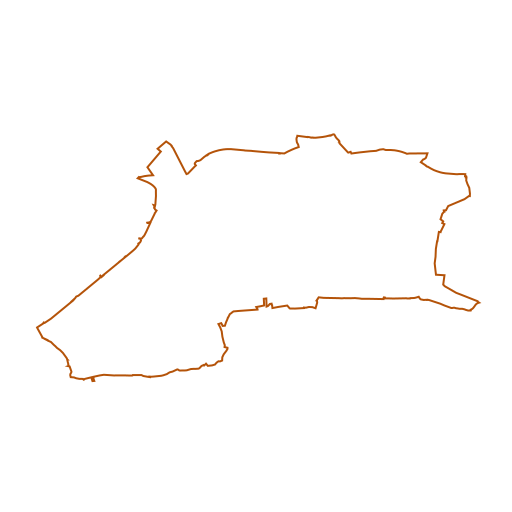 the district of Tilburg, Noord-Brabant, Netherlands, rotated 178°
{"feature_id": "6326949B99100278363504", "entity_name": "Tilburg", "entity_type": "district", "adm_level": 2, "iso_a3": "NLD", "parent_name": "Netherlands", "parent_adm1": "Noord-Brabant", "projection": "equal_earth", "projection_center": [5.085, 51.586], "detail": "fine", "context": "isolated", "style": "outline", "palette": "amber", "viewbox_px": 512, "rotation_deg": 178, "n_neighbors": 0, "source": "geoboundaries", "source_scale": "gbopen_adm2", "svg_char_len": 5873}
<svg xmlns="http://www.w3.org/2000/svg" viewBox="0 0 512 512"><g transform="rotate(178 256 256)"><path d="M34.7,201.6L35.8,202.4L36.0,203.0L36.4,203.2L52.7,210.3L57.2,212.2L68.1,219.0L68.6,219.4L69.9,220.9L68.3,230.2L76.8,231.0L77.7,242.4L76.6,248.9L76.0,256.8L74.5,264.4L74.2,264.4L72.4,273.7L70.7,273.4L70.6,273.9L66.6,281.3L68.7,282.4L67.7,284.1L70.3,286.3L68.3,291.8L66.5,293.6L66.2,293.7L66.8,294.8L66.8,295.0L64.5,295.1L62.2,299.2L45.5,305.6L41.1,308.5L40.2,308.4L40.0,310.9L40.5,316.7L42.1,320.4L43.2,323.9L43.3,324.4L43.1,325.4L42.9,327.2L43.5,327.2L43.3,328.3L44.3,328.4L44.0,330.5L46.9,330.7L50.0,330.8L52.2,330.7L53.4,330.8L63.7,332.0L66.7,332.6L68.9,333.2L72.5,334.5L75.1,335.6L78.0,337.2L81.3,339.3L81.8,339.3L83.1,340.3L83.1,340.5L88.0,344.0L85.6,346.6L84.4,347.0L83.2,347.8L82.7,348.3L82.1,349.9L81.1,352.6L99.2,353.1L101.6,352.9L103.3,353.7L106.7,355.0L109.0,355.7L111.4,356.3L113.8,356.8L117.4,357.2L122.6,357.4L125.1,358.3L128.6,358.0L132.3,356.9L138.1,356.7L148.9,355.9L157.1,355.1L157.8,356.8L160.0,356.1L160.4,356.2L168.6,365.7L168.6,365.8L168.6,366.7L169.0,367.0L168.7,367.3L168.7,367.8L169.3,368.7L171.1,370.6L172.2,372.1L172.5,372.8L173.5,374.6L173.8,375.3L173.8,375.1L175.7,374.5L176.3,374.1L177.1,373.7L177.3,373.9L178.2,373.7L178.2,373.9L181.8,373.1L185.4,372.6L192.3,372.1L194.5,372.2L194.5,372.3L196.0,372.5L196.6,372.3L197.6,372.6L198.0,372.8L200.1,373.2L200.3,373.0L210.5,374.7L210.8,373.5L211.3,372.6L211.5,371.3L211.3,369.1L211.1,368.0L210.0,365.9L209.5,363.4L213.3,362.2L216.7,360.9L220.9,359.1L224.1,357.5L227.1,357.8L228.0,357.8L228.1,357.6L228.8,357.6L228.6,358.0L229.7,358.2L239.8,359.1L246.7,359.9L256.3,361.1L256.6,361.2L258.8,361.4L263.4,361.8L264.0,362.0L277.5,363.7L282.0,363.8L285.0,363.6L289.2,363.0L293.4,362.0L295.7,361.3L299.5,359.9L301.3,358.8L300.9,358.6L301.5,358.2L301.8,358.4L304.2,356.9L308.1,353.8L309.0,353.4L310.3,353.0L312.0,352.9L313.8,351.0L314.0,350.5L314.0,350.1L313.8,349.8L312.9,348.6L314.4,347.3L321.1,340.8L322.6,340.3L324.0,343.1L335.0,366.6L336.5,368.7L336.4,369.1L336.5,369.2L337.6,370.4L341.8,373.6L350.6,366.6L347.5,363.7L361.4,348.5L356.1,340.3L360.9,340.1L364.7,339.7L368.9,338.9L369.0,339.0L370.0,338.8L370.3,339.0L371.5,337.8L362.1,333.7L360.2,332.6L358.6,331.6L356.8,330.2L355.2,328.6L354.2,327.2L353.8,326.4L353.7,325.6L353.8,323.9L353.9,319.3L354.8,310.9L355.0,310.4L355.9,310.2L356.5,310.4L356.3,310.0L355.8,309.9L355.2,309.5L355.5,308.5L356.5,307.8L356.9,307.7L355.7,307.6L355.5,306.6L355.2,306.0L354.8,305.6L353.8,304.9L355.2,302.8L355.7,302.3L355.8,301.8L359.5,294.9L360.0,294.2L360.6,293.8L360.8,293.4L363.5,293.1L363.4,292.8L360.5,292.7L364.6,284.5L366.6,280.9L367.6,279.5L367.9,279.4L369.4,277.6L369.8,277.5L370.4,277.4L371.8,277.7L373.0,277.7L371.3,277.4L370.9,277.3L370.4,275.4L371.4,273.6L373.1,272.6L372.8,272.1L373.0,271.6L374.0,270.4L376.4,267.6L378.5,265.8L385.7,260.2L386.4,260.3L386.5,260.2L385.9,260.1L391.7,255.7L391.7,255.8L392.4,255.3L392.3,255.2L409.6,242.0L409.3,241.8L411.2,240.3L412.3,241.8L412.4,241.7L412.2,240.5L412.6,239.8L414.6,238.1L434.9,222.5L436.9,221.8L437.2,221.6L438.1,220.3L440.9,217.9L440.4,217.9L440.6,217.7L441.0,217.3L441.4,217.1L463.1,200.5L469.6,196.5L469.9,196.6L470.4,197.0L470.6,196.8L470.5,196.6L470.6,196.4L471.0,196.0L477.3,192.2L476.9,191.3L472.4,182.4L472.5,182.1L472.5,181.9L468.5,179.9L468.8,179.8L467.2,178.9L467.4,178.9L463.9,177.2L461.5,174.6L460.3,173.4L459.9,173.1L458.1,171.1L455.0,168.7L452.3,165.8L448.6,160.3L448.3,159.2L448.2,159.1L448.3,159.1L447.7,156.0L447.4,154.9L447.5,154.5L447.1,153.2L447.3,152.6L447.6,152.5L446.1,152.1L444.5,146.9L444.6,146.4L444.7,146.0L445.6,144.6L445.7,144.2L445.8,143.3L445.4,141.4L442.1,141.0L440.0,140.1L436.9,139.4L433.2,139.2L432.8,138.6L432.5,138.4L432.3,138.8L431.1,139.2L424.9,140.5L423.8,136.7L422.0,136.8L422.9,139.7L422.9,140.1L422.7,140.2L422.9,140.9L416.3,142.1L412.2,142.6L402.4,141.6L392.0,141.3L385.8,140.9L383.7,140.9L383.5,141.0L383.3,141.3L376.9,141.1L374.6,141.0L372.8,140.0L368.6,139.1L366.4,138.7L366.5,139.2L364.8,139.0L362.3,139.1L354.9,139.6L352.9,140.0L349.5,141.0L348.8,141.3L347.6,142.1L346.2,142.8L343.4,143.4L338.7,145.4L338.1,145.3L336.6,144.3L336.1,144.2L330.3,144.1L329.1,144.2L325.0,145.3L322.0,145.4L320.9,145.3L317.5,145.4L316.5,145.8L314.3,148.0L312.1,148.9L311.7,148.4L310.2,149.6L309.7,150.1L308.0,147.9L303.7,148.2L300.7,149.0L299.7,150.2L298.3,151.4L297.1,152.1L295.7,151.9L293.5,152.7L293.2,156.0L291.7,158.9L288.9,162.3L288.1,163.6L287.8,164.0L287.7,164.7L287.7,165.3L290.6,166.1L290.3,168.0L291.2,170.7L292.4,176.5L292.9,181.9L294.3,186.0L295.9,189.3L293.1,190.1L292.5,189.0L291.8,187.3L289.5,187.4L288.3,190.7L286.9,193.6L286.3,195.3L286.1,195.3L284.2,198.8L283.5,199.3L282.6,199.8L281.7,200.6L280.4,201.4L274.9,201.7L256.3,202.4L256.3,202.8L257.5,205.0L253.4,205.6L249.6,206.3L249.7,213.0L247.2,213.2L247.2,205.1L245.8,205.6L245.4,206.0L243.8,207.6L242.1,207.8L242.0,206.6L241.8,206.1L241.6,206.1L241.4,203.4L235.6,204.3L226.5,205.4L224.2,202.5L223.7,202.3L218.8,202.1L209.8,202.3L209.8,202.8L207.8,202.6L204.9,203.2L203.7,203.1L201.4,202.9L198.3,201.7L197.0,205.7L196.5,207.2L196.6,209.4L196.7,209.7L196.8,209.7L195.8,211.1L195.7,211.1L195.6,211.4L194.8,212.5L189.8,211.8L175.1,211.0L171.6,210.7L169.5,210.8L163.3,210.5L158.6,210.5L154.5,210.0L151.6,209.5L145.1,209.3L130.1,208.5L130.1,209.3L129.6,210.2L128.8,210.0L129.2,209.2L128.3,209.1L125.0,209.0L120.4,208.7L107.2,208.5L106.6,208.3L103.5,208.2L103.3,208.5L99.5,208.5L98.2,208.7L96.5,209.1L94.8,209.6L93.7,207.7L92.8,206.9L89.9,206.2L86.5,206.3L86.5,206.1L85.2,206.1L84.4,205.9L73.5,201.9L69.5,200.0L63.1,197.4L62.7,197.2L61.6,197.2L60.5,197.4L59.6,197.4L57.9,196.8L56.5,196.6L54.3,196.1L51.6,196.0L49.1,195.3L48.7,195.0L45.9,194.1L43.3,194.0L43.0,194.7L43.1,194.9L41.7,195.6L40.8,196.4L39.7,197.7L38.1,199.8L36.6,201.0L35.5,201.4L34.7,201.6Z" fill="none" stroke="#b45309" stroke-width="2"/></g></svg>